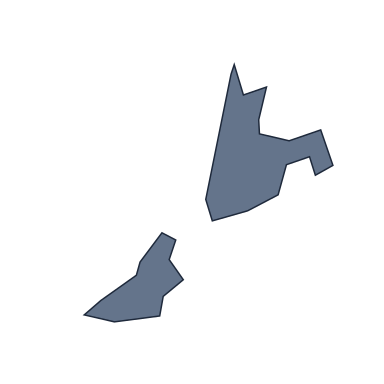 East End, Mercator projection, rotated 161°
{"feature_id": "AIA-5115", "entity_name": "East End", "entity_type": "District", "adm_level": 1, "iso_a3": "AIA", "parent_name": "Anguilla", "parent_adm1": "", "projection": "mercator", "projection_center": [-62.977, 18.266], "detail": "fine", "context": "isolated", "style": "filled", "palette": "slate", "viewbox_px": 384, "rotation_deg": 161, "n_neighbors": 0, "source": "natural_earth", "source_scale": "10m", "svg_char_len": 510}
<svg xmlns="http://www.w3.org/2000/svg" viewBox="0 0 384 384"><g transform="rotate(161 192 192)"><path d="M50.1,171.3L69.9,167.7L69.4,187.1L93.8,187.1L111.5,161.3L145.5,156.1L182.2,158.1L181.4,180.5L116.7,290.7L110.6,298.7L111.8,267.0L87.4,267.0L105.4,238.6L109.3,225.0L83.5,208.8L50.1,208.8L50.1,171.3ZM228.8,111.9L253.2,102.7L262.9,85.3L307.7,94.5L333.9,110.9L313.5,119.1L271.7,131.4L263.9,142.7L233.7,163.2L223.0,151.9L235.6,135.5L228.8,111.9Z" fill="#64748b" stroke="#1e293b" stroke-width="1.5"/></g></svg>